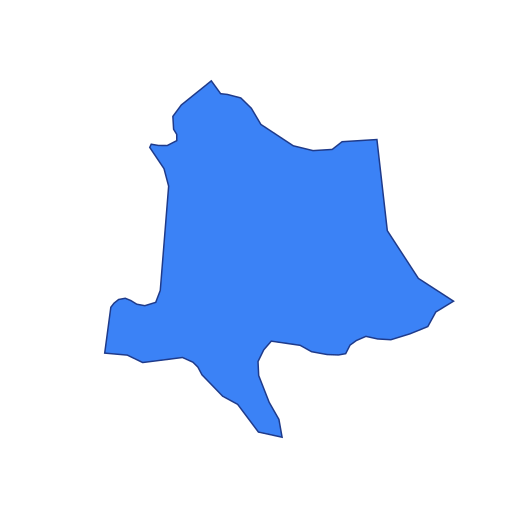 Škofja Loka, Albers equal-area conic projection, rotated 252°
{"feature_id": "SVN-1017", "entity_name": "Škofja Loka", "entity_type": "Municipality", "adm_level": 1, "iso_a3": "SVN", "parent_name": "Slovenia", "parent_adm1": "", "projection": "albers", "projection_center": [14.27, 46.166], "detail": "fine", "context": "isolated", "style": "filled", "palette": "blue", "viewbox_px": 512, "rotation_deg": 252, "n_neighbors": 0, "source": "natural_earth", "source_scale": "10m", "svg_char_len": 946}
<svg xmlns="http://www.w3.org/2000/svg" viewBox="0 0 512 512"><g transform="rotate(252 256 256)"><path d="M210.4,82.1L252.1,102.1L255.0,106.4L257.1,111.9L256.2,118.6L252.3,123.2L247.0,127.7L243.1,134.9L242.9,146.3L252.8,154.3L349.4,194.5L367.5,195.5L392.1,188.5L394.7,190.9L391.3,197.3L388.5,205.7L390.2,216.3L396.2,218.2L402.0,216.8L414.5,220.1L422.7,231.6L436.4,267.6L421.3,272.5L418.5,278.7L411.0,290.4L398.0,297.2L379.6,301.3L349.3,325.5L338.6,342.8L333.8,361.4L338.1,373.2L329.4,407.0L239.5,388.7L184.5,403.5L152.0,429.9L147.2,409.7L135.8,397.6L134.4,378.3L134.7,358.4L139.5,346.1L145.6,335.7L144.6,325.3L142.2,317.9L135.4,311.1L136.4,303.9L140.3,293.2L147.8,279.3L157.4,270.4L170.3,244.2L164.4,234.4L155.0,225.3L141.5,221.6L112.8,223.3L93.5,227.3L75.6,224.8L87.8,203.9L120.6,192.7L132.9,181.0L159.7,167.9L168.3,166.4L174.5,163.2L182.2,154.7L189.7,115.3L201.5,103.0L210.4,82.1Z" fill="#3b82f6" stroke="#1e3a8a" stroke-width="1.5"/></g></svg>